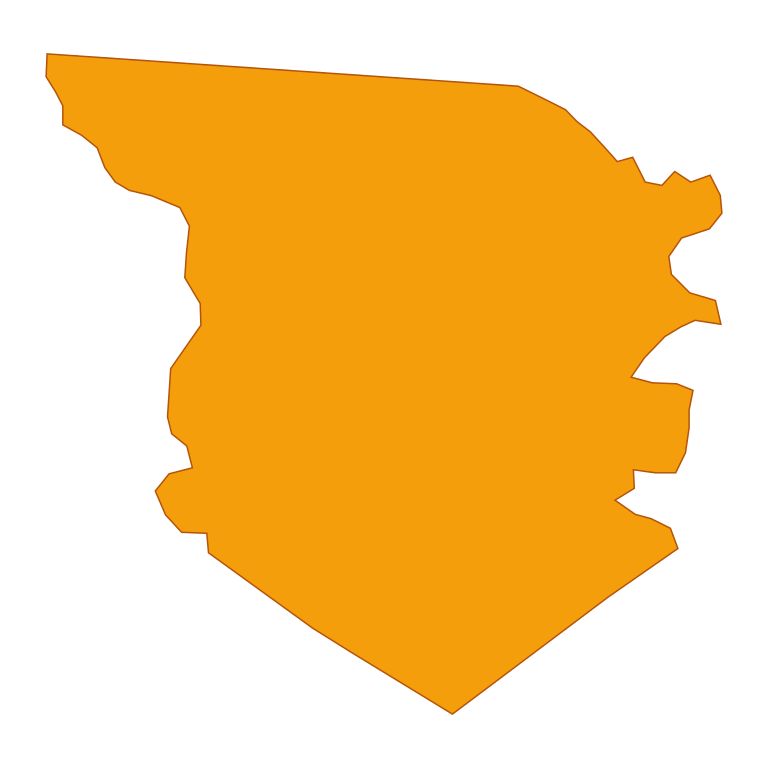 outline of Caturité, Paraíba, Brazil
{"feature_id": "56859067B30127882729659", "entity_name": "Caturité", "entity_type": "district", "adm_level": 2, "iso_a3": "BRA", "parent_name": "Brazil", "parent_adm1": "Paraíba", "projection": "albers", "projection_center": [-36.05, -7.423], "detail": "fine", "context": "isolated", "style": "filled", "palette": "amber", "viewbox_px": 768, "rotation_deg": 0, "n_neighbors": 0, "source": "geoboundaries", "source_scale": "gbopen_adm2", "svg_char_len": 1044}
<svg xmlns="http://www.w3.org/2000/svg" viewBox="0 0 768 768"><path d="M677.9,548.5L670.4,528.3L651.1,518.7L635.3,514.4L615.0,500.2L634.3,488.3L633.4,469.8L655.3,472.8L675.7,472.8L685.5,452.6L689.1,427.8L689.1,410.0L693.0,390.4L676.7,383.8L652.1,382.8L631.1,377.2L644.5,357.7L664.9,336.5L680.6,327.0L695.0,320.3L720.9,324.3L715.4,300.5L689.8,292.9L671.4,274.4L668.8,256.5L681.6,238.0L709.5,228.8L721.9,213.2L720.3,195.4L710.1,175.2L690.8,182.1L674.7,171.5L661.9,185.4L645.2,182.1L632.7,157.3L617.3,161.6L605.8,148.7L590.4,131.9L577.0,121.6L565.5,109.7L545.8,99.8L518.3,86.2L47.1,53.9L46.1,76.7L55.6,91.9L62.8,105.8L62.8,124.9L81.5,135.2L97.2,147.8L104.8,167.6L115.3,182.1L129.4,190.4L151.4,195.7L179.9,207.6L189.4,226.1L186.5,252.6L184.8,277.7L200.2,303.5L200.9,325.3L186.8,345.5L170.7,368.6L169.1,393.1L167.5,416.9L171.7,433.8L186.8,446.0L192.4,467.8L169.1,473.8L155.3,491.0L165.5,514.8L181.6,532.3L206.8,533.3L208.5,552.8L312.7,628.2L350.7,652.0L452.4,714.1L608.1,597.1L677.9,548.5Z" fill="#f59e0b" stroke="#b45309" stroke-width="1.5"/></svg>